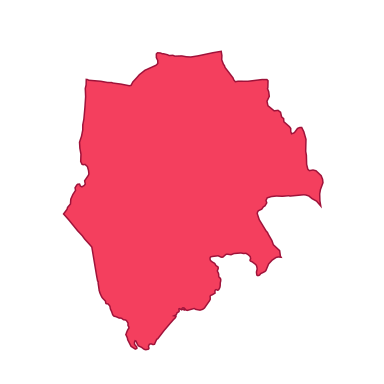 Asunción Mita, Jutiapa, Guatemala (orthographic projection), rotated 77°
{"feature_id": "79465075B73925022965475", "entity_name": "Asunción Mita", "entity_type": "district", "adm_level": 2, "iso_a3": "GTM", "parent_name": "Guatemala", "parent_adm1": "Jutiapa", "projection": "orthographic", "projection_center": [-89.611, 14.308], "detail": "fine", "context": "isolated", "style": "filled", "palette": "rose", "viewbox_px": 384, "rotation_deg": 77, "n_neighbors": 0, "source": "geoboundaries", "source_scale": "gbopen_adm2", "svg_char_len": 5291}
<svg xmlns="http://www.w3.org/2000/svg" viewBox="0 0 384 384"><g transform="rotate(77 192 192)"><path d="M166.3,69.1L158.4,69.5L153.8,70.6L153.4,72.6L153.8,74.9L156.9,78.5L157.5,79.7L157.6,81.9L155.3,82.2L152.3,81.5L150.2,82.4L144.2,86.7L141.1,86.2L139.0,87.8L134.2,87.8L131.8,89.8L131.4,93.7L125.0,98.6L120.4,98.5L116.2,95.2L111.6,94.7L108.3,95.2L107.3,94.6L100.7,92.9L99.3,93.7L98.2,98.4L96.7,112.6L94.4,122.3L94.3,125.0L92.2,126.1L90.0,126.4L78.1,131.8L75.9,132.0L74.9,132.6L69.8,133.3L65.8,132.2L61.5,131.9L61.0,140.1L60.7,155.7L60.2,162.8L59.0,167.0L57.1,171.4L55.8,178.1L54.5,179.9L53.9,183.6L52.8,184.9L50.9,188.6L50.7,189.7L49.4,191.6L48.6,194.3L49.5,195.7L53.1,196.5L56.1,195.8L59.1,196.4L60.4,198.5L62.8,210.5L65.8,216.8L68.0,219.8L71.4,224.8L74.4,227.4L74.4,229.1L70.9,236.9L68.0,244.7L67.3,245.6L66.3,249.7L63.6,255.9L59.8,267.7L59.0,268.4L58.5,269.7L63.9,271.1L67.1,272.7L75.2,274.2L85.5,277.3L86.4,277.6L96.8,281.0L102.0,283.3L107.0,284.5L112.8,287.1L118.2,290.4L124.2,291.4L130.2,291.7L137.3,293.6L140.3,292.9L140.9,291.9L141.1,290.0L143.7,288.2L147.9,288.0L151.1,288.4L152.3,289.1L156.9,294.1L160.2,294.2L161.4,295.5L162.2,298.1L161.2,299.4L159.0,299.8L158.7,301.6L159.2,302.6L161.6,305.0L164.2,305.1L167.6,308.6L171.7,311.7L176.3,313.1L179.0,316.7L180.7,317.6L184.5,322.1L191.5,318.3L204.0,312.2L209.8,308.8L213.6,307.2L220.4,303.4L223.1,302.0L252.4,303.8L257.5,304.0L258.2,303.6L260.0,304.0L266.2,304.5L266.7,304.6L267.3,304.6L267.9,304.5L268.9,304.5L269.8,304.4L270.9,304.2L272.4,303.9L273.3,303.7L274.4,303.4L275.3,303.0L276.5,302.3L278.6,301.0L279.2,300.9L279.7,300.9L280.4,301.0L281.0,301.0L281.5,300.7L281.8,299.9L282.2,299.0L282.9,298.6L283.5,298.3L284.2,297.9L285.0,297.7L285.6,297.7L286.7,297.8L287.3,297.8L288.5,297.7L289.0,297.5L290.1,297.3L290.6,297.2L291.5,297.1L292.6,297.0L293.5,296.9L294.2,296.7L294.9,296.3L295.4,296.0L295.7,295.5L295.9,295.0L296.3,294.2L296.8,293.5L297.4,292.7L297.7,292.3L298.1,291.8L298.5,291.2L298.6,290.4L299.0,289.5L299.4,288.8L300.0,288.4L300.7,287.8L301.2,287.2L301.4,286.4L301.6,285.9L302.0,285.3L302.6,284.8L303.1,284.6L305.0,283.9L305.7,283.9L306.4,284.1L307.4,284.4L308.2,284.3L308.9,284.0L309.5,283.9L310.5,284.2L311.1,284.9L311.7,285.5L312.2,285.9L313.0,286.5L313.8,287.1L314.3,287.4L314.8,287.7L315.3,288.0L316.2,288.6L316.9,288.3L317.6,288.2L318.6,288.0L319.2,287.9L319.8,287.8L320.3,287.8L321.5,287.9L323.0,287.5L328.7,286.1L332.3,282.6L332.0,280.9L330.7,280.7L327.4,282.3L325.3,281.8L324.1,280.9L324.7,280.1L328.3,279.4L329.6,278.9L330.4,278.2L331.0,277.4L331.5,276.7L332.3,275.8L333.1,275.2L334.3,274.2L335.1,273.0L335.3,272.3L335.3,271.8L335.3,271.1L335.4,270.1L335.1,269.5L334.6,269.1L332.4,269.1L330.8,267.8L330.7,266.1L331.9,264.3L331.9,262.8L330.3,261.6L328.6,260.3L327.6,259.5L327.3,258.4L324.6,255.1L320.3,249.9L319.4,248.6L318.2,247.0L316.4,244.6L315.1,242.9L313.5,240.6L313.1,240.1L312.0,238.5L311.0,236.8L309.7,235.6L309.1,235.5L309.0,236.3L308.6,237.2L308.3,235.6L307.7,234.7L307.1,234.2L306.7,233.9L306.2,233.6L306.1,233.1L305.9,232.2L305.6,231.6L304.9,231.2L304.1,231.2L303.6,231.2L302.9,231.0L302.8,230.5L303.2,230.0L304.0,229.2L304.5,228.6L304.3,227.9L303.5,228.1L303.0,227.6L302.8,227.0L303.1,225.9L303.8,225.8L304.4,226.4L305.3,226.2L305.2,225.5L304.7,224.9L305.6,224.5L306.3,223.2L306.0,216.1L307.2,214.8L308.9,210.8L308.7,207.9L307.8,205.9L306.3,204.3L302.0,199.5L300.7,198.4L299.9,198.2L299.4,198.1L298.7,198.0L297.6,197.8L297.1,197.2L296.8,196.4L296.8,195.7L295.7,192.3L295.0,192.2L293.9,192.0L293.3,191.8L292.7,191.2L292.5,190.5L292.9,189.9L293.5,189.1L293.3,188.2L292.7,187.5L292.1,187.0L291.2,186.3L290.3,185.9L289.2,185.5L287.6,185.1L287.0,184.9L286.2,184.6L285.5,184.2L284.9,184.0L284.3,183.8L283.8,183.7L283.1,183.7L282.4,183.8L281.8,184.3L281.2,184.7L280.5,184.9L279.9,184.9L278.7,184.6L277.6,184.5L276.7,184.6L275.5,185.0L274.4,185.0L273.8,184.6L273.4,184.3L272.8,183.9L272.1,183.6L271.6,183.5L270.7,183.6L270.2,184.1L269.5,184.9L268.6,185.4L267.6,185.6L267.1,185.8L266.4,186.2L266.0,186.6L265.4,187.3L264.7,188.0L263.8,188.7L263.2,189.2L262.4,189.5L261.5,189.5L260.9,189.4L260.2,189.2L259.5,188.6L259.4,187.8L259.4,186.9L260.0,180.9L262.1,178.2L262.4,176.6L260.5,173.1L260.4,171.9L261.9,168.1L261.4,165.0L262.4,158.0L263.5,155.7L263.9,153.2L265.9,151.2L268.0,149.8L270.3,149.9L270.9,150.5L271.5,150.8L272.0,150.8L272.6,150.4L273.0,149.8L273.5,149.2L274.1,148.6L275.1,147.8L276.9,146.3L277.8,145.9L278.5,145.7L279.9,145.7L280.6,145.7L281.5,145.8L282.0,146.0L282.5,146.2L283.0,146.5L283.7,146.8L284.2,147.1L285.0,147.3L286.0,147.4L287.0,147.5L287.8,147.4L288.2,146.9L288.3,146.4L288.3,145.4L288.1,144.9L287.8,144.4L287.4,144.0L287.0,143.4L286.7,142.4L286.6,141.6L285.9,138.9L285.2,137.7L279.3,133.5L276.4,129.2L274.7,124.8L274.7,122.5L275.6,119.9L274.3,120.3L268.9,119.8L261.7,124.6L257.2,125.1L250.7,127.1L248.3,127.6L246.6,128.6L234.2,132.7L227.7,133.3L226.2,132.6L225.2,131.5L224.4,127.9L222.5,125.8L221.9,124.0L219.4,121.6L216.8,121.8L214.6,120.0L214.3,115.7L214.9,110.6L216.5,104.9L217.4,98.4L218.0,97.5L219.8,83.9L220.4,82.0L222.1,79.1L225.5,76.5L228.9,72.7L234.6,69.7L229.5,69.4L222.5,68.0L218.5,66.3L212.4,62.3L209.0,61.9L205.1,62.5L199.2,66.4L197.8,69.1L197.6,72.8L196.0,74.0L190.9,74.1L182.0,72.3L178.0,72.1L166.3,69.1Z" fill="#f43f5e" stroke="#9f1239" stroke-width="1.5"/></g></svg>